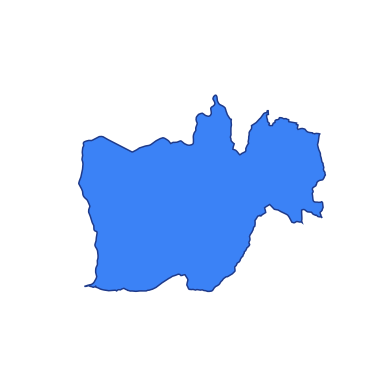 outline of Nadrag, Timis, Romania, rotated 151°
{"feature_id": "2599482B73487370239744", "entity_name": "Nadrag", "entity_type": "district", "adm_level": 2, "iso_a3": "ROU", "parent_name": "Romania", "parent_adm1": "Timis", "projection": "mercator", "projection_center": [22.192, 45.643], "detail": "fine", "context": "isolated", "style": "filled", "palette": "blue", "viewbox_px": 384, "rotation_deg": 151, "n_neighbors": 0, "source": "geoboundaries", "source_scale": "gbopen_adm2", "svg_char_len": 6020}
<svg xmlns="http://www.w3.org/2000/svg" viewBox="0 0 384 384"><g transform="rotate(151 192 192)"><path d="M276.7,265.0L281.9,259.0L285.1,256.3L286.5,254.9L287.0,254.1L287.1,248.3L287.4,245.7L288.6,242.8L288.8,241.9L288.9,241.0L288.7,239.3L287.6,236.0L287.6,234.2L288.1,229.6L288.4,228.8L290.8,226.7L291.9,225.0L292.2,224.3L292.7,220.3L294.1,213.5L294.2,210.2L295.8,207.0L296.0,206.3L295.9,205.4L294.5,203.4L294.9,202.1L297.7,198.6L299.6,195.8L301.5,194.0L302.5,192.9L302.8,192.2L303.0,191.0L302.9,188.7L303.1,186.5L305.0,181.9L306.3,179.7L308.1,177.9L309.7,174.7L310.3,174.0L312.3,172.6L313.2,171.7L314.0,170.6L315.2,168.5L316.3,164.3L317.5,163.0L321.3,160.6L322.7,160.1L324.7,159.9L328.3,160.9L331.9,161.6L330.3,160.8L327.8,160.2L326.7,158.7L325.8,158.2L325.3,157.3L324.4,156.5L322.9,156.2L321.9,156.3L321.9,156.1L322.2,155.4L320.5,153.5L319.4,151.8L318.4,150.7L316.4,148.9L312.6,146.0L307.1,143.5L306.5,143.1L305.8,142.0L305.1,142.3L304.5,142.3L303.4,142.1L302.0,141.1L300.8,141.2L298.7,140.9L297.9,140.4L297.5,139.4L296.2,137.8L296.0,137.2L295.2,136.6L294.3,135.6L293.5,135.0L292.7,134.7L289.2,132.3L285.4,130.7L280.1,127.7L278.4,127.5L276.7,126.8L275.4,126.6L273.8,126.2L272.0,126.1L269.7,126.0L262.2,127.1L253.6,127.7L252.5,127.6L250.1,127.8L246.6,127.1L243.9,126.8L242.6,125.8L242.2,124.3L241.3,123.9L239.2,123.5L238.3,123.1L238.0,119.2L238.0,117.7L238.2,117.2L238.6,116.6L240.5,114.6L241.6,113.2L241.7,111.2L241.9,109.0L241.6,108.2L239.9,107.0L238.3,106.3L236.4,104.5L235.3,104.4L234.3,103.8L232.2,102.1L230.5,101.5L229.3,100.0L228.2,99.3L226.4,97.4L225.1,96.7L222.9,95.9L222.2,95.9L221.1,96.2L219.4,97.2L217.2,97.9L215.9,97.8L213.7,97.9L212.4,98.3L210.1,99.6L208.5,100.0L206.5,100.9L203.6,101.3L203.1,101.2L201.9,100.7L196.3,100.9L192.9,101.9L192.3,102.7L191.6,104.4L191.1,105.5L190.8,105.8L189.0,106.3L188.0,107.0L187.3,107.7L186.8,107.9L184.4,108.1L183.0,108.9L182.3,109.7L180.2,110.9L178.9,111.1L178.5,111.4L177.6,112.3L175.9,113.3L175.3,114.3L173.5,114.7L170.9,116.6L169.1,116.9L167.6,117.6L167.0,118.2L166.9,119.7L166.5,120.4L166.3,120.7L164.9,121.7L164.5,122.1L163.8,123.5L163.3,125.2L162.0,126.3L159.0,127.9L158.1,128.6L157.0,129.3L155.2,131.3L153.7,131.6L152.4,133.3L151.5,134.9L150.7,136.6L149.5,137.1L146.3,138.9L145.5,138.9L144.6,138.5L144.1,138.7L143.9,138.6L143.4,137.6L141.5,138.1L137.5,138.3L136.9,140.0L136.2,143.0L134.9,143.2L130.1,143.4L129.5,141.3L128.4,137.0L125.4,134.5L123.8,131.8L120.6,127.3L119.5,125.5L119.2,122.9L119.3,117.2L118.0,115.8L117.1,115.4L115.0,115.5L114.5,115.3L113.7,114.7L112.4,113.5L111.1,112.9L110.7,112.4L110.5,111.9L110.2,113.5L109.3,114.6L108.4,116.2L105.8,121.4L104.9,123.0L103.6,122.9L102.5,122.4L102.0,121.7L101.0,119.3L100.4,118.5L97.3,116.4L97.0,114.4L96.7,113.7L95.2,111.7L94.7,111.6L94.3,111.2L93.9,109.7L92.8,108.6L91.8,108.1L91.2,107.5L90.7,106.3L90.8,109.0L90.4,109.3L90.4,110.4L90.0,111.8L89.6,112.2L88.1,112.5L87.1,113.1L86.8,113.1L86.5,113.6L84.8,115.0L83.0,119.4L83.1,120.2L83.3,120.6L85.0,120.8L85.6,121.3L86.5,121.7L87.2,122.3L89.2,123.5L89.9,124.3L90.1,124.9L90.2,125.7L89.7,127.2L88.2,130.7L87.7,132.1L87.4,132.6L86.0,133.4L85.6,134.3L85.6,135.6L85.4,136.0L84.9,136.7L84.0,137.2L80.9,137.4L80.5,137.5L80.2,138.1L79.8,138.1L79.0,138.8L78.2,139.8L76.5,140.3L74.9,140.3L72.1,139.4L71.6,139.4L69.7,140.4L68.1,141.7L67.1,142.2L66.9,143.3L66.2,144.9L66.4,146.4L66.1,148.1L64.8,149.6L64.2,152.1L63.5,153.6L63.7,155.0L63.6,155.9L62.5,159.2L62.1,161.3L61.0,163.6L60.5,168.0L59.3,172.5L57.1,174.9L53.3,180.0L52.1,180.8L52.7,181.5L54.7,182.9L55.7,183.3L56.5,183.4L57.1,184.1L58.0,184.7L58.1,185.5L60.0,186.8L61.4,188.0L62.1,189.1L62.4,190.0L62.8,192.2L63.5,193.0L64.6,194.0L66.0,194.7L68.9,195.3L69.0,196.0L68.9,196.8L66.8,199.2L66.8,199.4L68.0,200.4L67.1,201.6L73.2,206.5L73.3,206.7L72.4,208.2L72.6,208.6L73.4,209.3L74.2,210.6L76.2,211.6L76.6,212.0L77.1,212.9L78.1,213.8L79.5,214.6L80.8,213.6L82.2,213.8L83.1,214.2L84.2,214.3L85.1,213.8L85.6,212.7L86.0,212.6L87.4,212.8L88.0,212.5L89.2,211.4L89.7,211.2L90.7,211.9L91.3,212.0L91.9,212.6L92.2,213.5L91.2,214.2L91.1,214.6L91.2,215.3L91.6,216.3L91.7,217.1L91.0,218.5L90.6,220.5L89.8,222.6L89.5,223.0L88.8,223.1L87.6,222.8L86.0,226.2L86.7,226.6L88.1,225.3L88.4,225.3L89.7,225.8L91.2,225.8L96.3,223.4L97.1,223.3L102.2,221.6L107.8,221.2L108.3,219.9L109.4,218.4L112.3,217.0L113.2,216.3L114.3,214.3L115.7,212.7L116.6,211.1L118.5,208.8L118.8,207.9L118.8,207.3L121.6,205.7L123.8,204.0L124.8,202.2L125.3,201.7L126.3,201.4L129.6,201.6L131.8,201.3L132.2,201.4L132.5,202.5L133.0,205.6L133.6,207.4L135.5,209.6L134.1,211.4L131.7,213.7L132.4,215.4L132.9,217.6L132.8,218.4L132.3,219.4L132.1,220.0L132.0,221.0L131.2,222.2L130.3,222.9L130.0,223.4L129.1,225.2L127.1,228.8L126.2,230.1L125.1,231.4L123.2,235.6L122.7,235.9L122.4,236.5L122.9,237.0L123.3,237.7L123.6,242.3L123.0,246.1L122.4,248.7L122.3,249.6L122.6,250.6L123.3,252.1L125.4,255.2L125.7,256.5L125.7,258.0L125.6,259.4L124.1,263.0L124.0,263.9L124.0,264.5L124.2,265.1L124.8,265.4L126.7,265.0L128.2,263.8L128.6,263.1L128.6,259.8L129.1,258.2L130.1,257.3L132.2,256.8L133.6,256.8L135.0,256.2L135.4,255.4L136.4,252.6L137.2,251.1L138.8,250.1L139.7,250.0L140.6,250.1L141.5,250.7L143.1,252.4L144.2,254.8L144.8,255.9L146.3,256.4L148.7,256.7L151.4,255.6L152.1,255.1L153.3,253.4L153.8,251.8L154.0,249.8L154.5,249.0L157.2,246.7L157.9,245.8L158.7,244.2L159.3,243.7L161.3,242.7L163.1,241.1L164.1,239.7L165.4,237.0L166.9,234.4L167.5,233.8L168.1,233.6L169.3,233.5L171.5,234.1L172.9,235.0L173.6,235.8L175.2,238.0L176.6,241.5L177.0,242.1L177.7,242.4L180.2,242.7L181.2,242.9L183.5,244.0L184.5,244.6L187.1,244.7L187.7,248.1L188.7,250.2L189.9,252.3L191.1,253.5L193.9,254.1L198.6,254.2L204.9,253.4L206.7,253.5L210.5,254.8L216.6,256.0L219.8,255.7L224.4,255.8L225.2,256.3L240.1,278.6L243.0,283.4L244.3,284.5L246.3,285.4L254.0,285.6L255.1,285.8L257.2,287.1L259.7,287.8L261.9,288.1L262.9,287.8L263.6,287.0L263.9,285.8L264.4,284.9L266.1,283.7L268.1,280.9L268.8,279.8L269.9,277.0L272.2,274.2L272.6,273.4L273.0,271.3L273.8,269.3L276.7,265.0Z" fill="#3b82f6" stroke="#1e3a8a" stroke-width="1.5"/></g></svg>